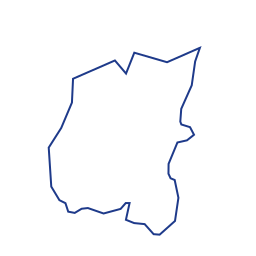 an SVG outline of Leeds, rotated 106°
{"feature_id": "GBR-5674", "entity_name": "Leeds", "entity_type": "Metropolitan Borough", "adm_level": 1, "iso_a3": "GBR", "parent_name": "United Kingdom", "parent_adm1": "", "projection": "robinson", "projection_center": [-1.452, 53.819], "detail": "fine", "context": "isolated", "style": "outline", "palette": "blue", "viewbox_px": 256, "rotation_deg": 106, "n_neighbors": 0, "source": "natural_earth", "source_scale": "10m", "svg_char_len": 628}
<svg xmlns="http://www.w3.org/2000/svg" viewBox="0 0 256 256"><g transform="rotate(106 128 128)"><path d="M66.7,159.2L76.2,144.9L53.9,142.7L54.0,108.6L31.1,81.0L45.5,81.8L69.4,78.5L94.9,82.1L107.4,79.5L109.9,77.7L110.1,68.6L116.3,62.7L123.6,67.9L128.3,76.5L151.3,79.1L160.8,76.5L164.6,73.2L165.1,68.8L181.2,60.3L204.4,57.2L221.8,68.2L223.0,74.1L215.8,85.5L217.7,95.9L216.8,104.7L199.7,105.8L200.8,109.5L207.8,112.8L216.9,127.9L216.0,144.5L218.4,150.3L224.3,155.8L224.9,162.4L217.5,167.4L216.3,174.0L205.5,185.6L168.7,198.8L146.4,192.2L119.0,188.9L95.8,194.4L66.7,159.2Z" fill="none" stroke="#1e3a8a" stroke-width="2"/></g></svg>